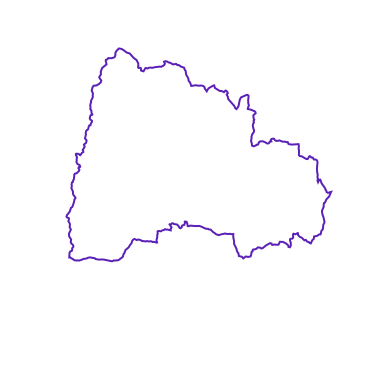 the district of Sanchez Carrion, La Libertad, Peru, rotated 205°
{"feature_id": "86281439B60476418673944", "entity_name": "Sanchez Carrion", "entity_type": "district", "adm_level": 2, "iso_a3": "PER", "parent_name": "Peru", "parent_adm1": "La Libertad", "projection": "orthographic", "projection_center": [-77.93, -7.745], "detail": "fine", "context": "isolated", "style": "outline", "palette": "violet", "viewbox_px": 384, "rotation_deg": 205, "n_neighbors": 0, "source": "geoboundaries", "source_scale": "gbopen_adm2", "svg_char_len": 6045}
<svg xmlns="http://www.w3.org/2000/svg" viewBox="0 0 384 384"><g transform="rotate(205 192 192)"><path d="M275.6,80.9L275.0,81.4L273.9,81.0L271.8,80.9L270.0,80.5L267.8,81.0L266.8,81.7L265.4,82.1L262.8,84.5L262.2,85.4L259.8,86.9L258.3,88.6L256.9,89.6L252.1,90.9L251.1,90.5L247.7,91.4L245.6,92.6L243.3,93.5L235.6,95.3L234.7,95.8L234.1,96.8L230.9,98.4L229.7,99.4L227.3,104.0L227.8,107.0L227.5,108.0L227.7,111.4L226.0,115.1L225.8,117.8L225.2,119.7L225.5,122.7L225.1,124.2L224.1,125.2L221.7,125.1L220.7,126.2L219.5,126.5L217.9,126.7L216.9,126.4L213.0,127.7L212.2,128.4L209.8,129.1L208.9,129.8L207.7,130.1L206.6,130.0L205.6,130.7L202.6,131.2L202.3,131.5L203.3,132.4L203.9,133.7L204.5,136.7L205.4,138.4L205.3,139.4L206.5,141.5L206.4,142.1L205.7,142.6L203.6,143.2L203.0,144.3L201.1,146.0L200.8,146.9L199.2,147.1L198.4,147.6L195.1,148.2L195.7,149.6L195.6,151.3L198.7,153.2L198.6,153.4L197.4,153.7L196.7,155.3L195.8,155.6L195.0,155.3L191.9,156.2L190.0,155.6L188.0,154.2L187.0,154.4L186.4,155.7L186.8,156.8L186.7,157.5L185.1,158.9L185.3,161.0L186.0,161.9L185.9,162.3L184.3,162.7L182.7,161.1L181.6,159.3L181.3,159.3L180.3,159.7L179.4,160.8L174.6,162.5L171.1,164.3L168.8,164.6L164.3,164.5L161.7,165.4L161.1,165.2L159.1,165.8L156.0,164.6L154.2,164.4L152.4,163.9L150.0,164.1L149.5,164.2L148.2,165.5L144.4,168.4L142.3,168.8L139.8,170.2L138.2,170.5L136.9,171.4L135.2,168.0L133.1,165.3L131.9,162.7L127.5,159.2L126.9,158.1L125.2,156.6L123.9,156.0L122.5,153.8L119.3,154.4L117.5,153.5L116.0,156.3L113.6,156.9L111.7,158.4L111.8,159.9L112.6,162.8L112.0,163.8L112.5,164.6L112.2,165.8L111.0,166.4L109.7,167.7L108.9,169.6L106.6,170.4L105.4,170.1L104.9,170.3L104.0,171.4L102.4,174.8L99.7,178.6L98.2,178.9L97.3,178.0L96.8,178.0L95.4,179.1L91.9,180.4L91.3,181.0L91.3,184.0L88.6,185.2L85.1,185.1L82.6,184.4L81.7,183.7L81.3,183.0L79.9,183.3L79.8,185.2L81.2,188.0L82.4,189.1L83.2,190.5L83.0,191.1L81.4,192.2L81.1,192.8L81.1,193.5L82.5,196.2L82.4,197.1L80.4,197.4L78.8,199.5L78.5,199.4L77.7,197.8L75.1,196.8L73.3,197.0L69.8,195.7L68.6,196.7L66.9,195.7L64.6,196.0L63.9,195.5L62.6,195.6L62.6,199.2L61.9,200.8L62.1,202.1L62.6,203.2L60.0,205.2L58.8,207.3L57.7,207.8L57.6,208.5L58.3,211.4L57.7,213.6L59.1,217.7L59.1,220.4L59.4,221.1L62.2,224.7L64.1,226.6L65.9,229.1L66.3,230.3L66.4,234.2L67.1,235.7L67.7,237.7L67.0,238.8L67.1,242.2L66.0,245.2L65.8,246.3L66.0,250.9L68.4,248.7L69.9,248.8L71.0,250.0L71.8,250.3L72.7,251.5L78.3,254.7L80.8,257.3L81.2,257.4L81.9,256.5L81.9,254.2L83.1,255.4L83.6,257.5L84.5,258.3L85.5,261.1L86.5,262.1L88.7,266.1L90.8,272.0L91.6,273.0L92.3,273.5L93.0,273.7L93.9,273.6L95.3,273.0L97.1,274.2L98.3,273.7L100.4,274.3L100.8,273.7L101.1,270.8L101.5,270.5L102.3,270.2L107.6,270.7L109.7,270.1L110.7,270.7L112.7,275.1L113.5,276.0L114.8,279.3L115.7,280.4L121.5,277.2L124.0,276.4L125.0,276.4L125.9,277.4L126.4,277.7L127.6,277.0L129.1,276.9L131.1,275.9L134.6,275.7L136.1,274.5L137.4,273.9L138.9,274.1L140.2,274.9L141.0,274.7L142.4,273.6L142.5,272.3L141.5,271.4L142.8,270.4L142.8,269.1L143.1,268.5L144.4,267.7L146.2,268.0L149.2,267.9L151.3,266.9L152.3,265.7L152.2,263.3L152.5,262.5L153.4,262.2L153.8,261.2L155.4,259.5L157.2,259.4L158.7,261.8L160.1,263.2L160.6,265.5L161.4,267.2L161.8,269.5L161.3,272.7L161.8,274.2L162.7,274.9L164.9,277.7L165.5,280.0L165.2,281.2L166.3,282.5L166.1,283.8L167.0,284.4L168.7,287.1L168.6,288.1L167.6,290.3L168.4,291.3L169.0,291.6L172.9,291.6L176.5,290.8L176.8,291.4L177.1,294.6L178.5,296.2L179.8,298.7L181.3,303.0L182.2,303.4L182.7,303.5L183.6,303.0L187.6,298.4L187.7,295.9L186.2,289.8L186.3,287.7L186.8,285.9L188.4,286.4L190.1,287.9L198.4,291.5L199.6,293.3L201.7,294.9L201.3,296.7L201.9,297.4L203.6,298.2L204.5,298.1L205.2,296.0L207.6,296.1L209.5,295.3L215.3,296.0L216.9,298.0L217.8,297.3L220.6,293.3L221.0,291.9L221.2,289.5L223.7,290.9L225.3,292.5L226.5,292.8L228.4,292.5L231.2,291.0L233.6,290.4L237.5,287.8L239.9,290.3L242.1,291.4L243.0,292.9L244.4,294.2L246.8,295.8L249.0,299.1L250.4,299.9L251.7,301.3L254.9,301.0L257.6,301.5L258.3,301.0L259.4,300.9L260.5,301.4L263.1,299.6L266.5,299.9L268.0,299.5L269.6,299.7L271.5,299.3L272.4,298.2L270.8,296.8L270.8,295.7L271.5,294.0L272.1,293.6L273.0,292.3L274.0,292.1L277.7,289.9L280.0,288.1L282.9,286.8L283.7,286.3L284.6,285.1L286.3,284.9L286.7,284.1L286.9,280.9L289.2,280.5L289.6,280.6L289.9,281.7L291.0,282.7L292.2,282.3L292.7,281.9L293.2,281.9L293.7,282.5L294.2,284.2L295.0,285.8L298.1,288.2L301.4,288.8L306.9,291.2L310.4,290.8L313.0,291.5L316.3,291.9L318.9,291.2L320.0,288.2L320.2,286.6L320.1,285.3L319.3,283.8L319.1,281.7L319.8,280.7L321.4,279.3L324.5,277.9L324.8,276.4L325.9,275.4L325.7,274.5L323.4,271.6L325.9,266.3L325.5,262.5L324.3,260.2L324.6,257.0L324.3,256.4L321.3,254.7L321.0,252.9L322.1,250.2L323.2,249.0L323.5,248.3L326.1,246.7L326.4,244.8L325.8,241.6L323.4,239.4L322.8,237.5L322.0,236.2L322.0,231.6L321.3,230.6L321.3,229.4L320.8,227.3L320.1,226.5L319.0,223.9L317.7,223.4L316.4,221.1L315.1,220.2L315.1,219.8L315.8,219.6L316.4,218.3L315.8,215.5L314.9,214.7L312.8,214.3L312.3,213.2L312.6,211.2L312.2,209.6L313.2,208.9L313.3,208.1L312.7,205.0L313.1,204.0L313.5,203.7L313.7,202.4L313.3,200.6L312.5,199.4L311.6,195.3L309.4,194.3L309.2,193.9L308.8,191.7L310.0,189.3L308.4,187.7L308.8,183.9L307.8,183.1L307.4,182.3L308.3,180.9L308.8,178.2L309.5,178.1L310.1,178.6L311.6,178.4L313.1,177.8L313.3,177.3L312.8,176.3L311.9,175.9L310.8,174.6L310.4,172.9L309.7,171.7L309.5,170.5L308.9,169.8L307.6,169.0L305.2,168.9L304.0,167.7L304.2,167.2L305.0,167.0L305.1,165.9L304.9,165.4L303.6,164.8L303.3,163.4L304.4,160.4L305.8,159.1L306.1,158.4L304.5,153.9L304.6,152.0L304.2,150.8L304.8,150.0L304.3,147.9L303.3,146.4L303.0,144.6L300.1,142.1L299.1,140.0L297.7,138.9L295.5,137.9L295.0,137.0L295.4,135.8L294.6,132.4L294.2,128.6L294.2,127.9L295.0,126.4L294.5,123.0L295.1,119.6L295.6,118.5L295.3,116.5L294.3,116.1L292.8,116.3L292.2,115.8L291.6,113.2L289.4,111.7L288.8,110.8L288.1,108.5L285.9,106.8L285.9,102.1L284.5,99.8L281.5,97.9L280.7,95.3L279.6,94.4L277.4,93.6L276.6,92.8L276.4,92.1L276.8,90.4L276.0,88.4L276.1,87.7L277.2,86.8L277.3,85.1L275.6,80.9Z" fill="none" stroke="#5b21b6" stroke-width="2"/></g></svg>